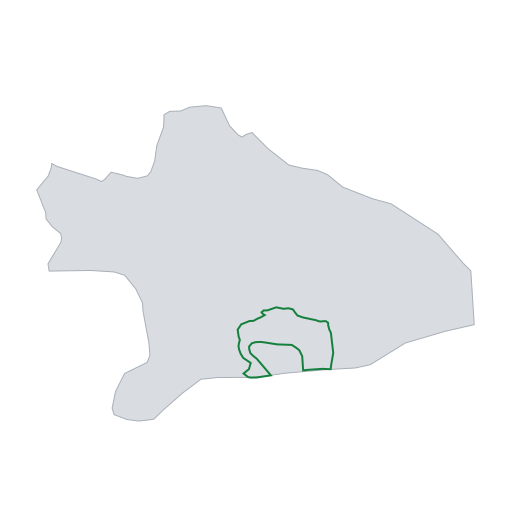 Burundi, with Bujumbura Rural highlighted, rotated 265°
{"feature_id": "BDI-4854", "entity_name": "Bujumbura Rural", "entity_type": "Province", "adm_level": 1, "iso_a3": "BDI", "parent_name": "Burundi", "parent_adm1": "", "projection": "natural_earth1", "projection_center": [29.411, -3.493], "detail": "fine", "context": "in_parent", "style": "outline", "palette": "green", "viewbox_px": 512, "rotation_deg": 265, "n_neighbors": 0, "source": "natural_earth", "source_scale": "10m", "svg_char_len": 1928}
<svg xmlns="http://www.w3.org/2000/svg" viewBox="0 0 512 512"><g transform="rotate(265 256 256)"><path d="M365.9,60.6L362.5,65.8L346.8,103.0L343.7,108.6L345.5,112.0L352.1,119.0L348.2,130.7L346.6,133.9L343.7,144.8L345.3,154.8L349.1,158.5L359.3,163.3L374.6,166.8L392.6,175.2L404.8,176.7L407.6,182.7L407.0,193.5L410.0,202.8L410.1,219.5L406.5,234.2L387.9,241.1L378.3,248.6L375.7,252.4L378.0,256.8L379.3,262.8L361.8,277.4L343.8,296.6L339.5,309.5L335.9,324.7L330.7,334.5L317.0,348.5L303.0,376.8L296.2,395.1L261.9,439.2L231.4,461.2L222.5,468.7L168.6,467.4L164.5,437.7L156.3,397.1L137.8,360.5L135.8,345.2L136.7,315.6L136.7,274.1L135.5,251.8L135.9,235.5L138.3,207.2L138.0,190.3L125.8,170.8L110.6,150.1L102.3,139.9L101.9,131.7L101.9,124.2L104.4,113.1L110.3,100.8L117.0,99.4L133.4,104.3L150.4,114.8L159.5,138.3L166.4,141.7L179.0,141.7L211.2,138.6L219.2,138.9L233.8,133.3L248.4,123.4L252.5,113.1L256.0,90.1L259.0,48.6L266.4,48.1L286.7,62.9L291.1,63.9L295.4,63.4L302.4,56.1L311.1,50.1L317.5,50.3L341.0,43.3L353.7,55.9L361.7,59.7L365.9,60.6Z" fill="#d9dde1" stroke="#a8b0b8" stroke-width="1"/><path d="M135.8,260.4L134.9,246.1L135.3,240.3L136.0,237.6L140.0,233.4L143.9,239.1L149.9,241.4L155.6,234.4L159.9,232.2L164.4,231.0L167.7,230.7L170.8,231.5L173.9,232.6L177.2,231.7L184.2,231.3L189.2,235.3L191.8,243.9L191.6,247.9L193.3,251.6L194.7,255.9L196.4,259.5L197.5,258.0L199.4,256.6L201.1,258.9L200.8,262.5L203.1,271.7L201.0,278.9L201.1,283.7L199.6,288.1L196.3,290.0L193.1,292.1L190.7,297.4L186.7,310.5L185.6,312.6L185.1,314.9L185.2,317.4L185.0,319.9L183.2,322.0L180.5,321.9L176.7,322.5L173.0,323.9L152.7,324.5L141.0,321.4L136.7,320.5L137.8,312.1L138.1,296.5L137.9,293.0L152.2,293.3L158.4,290.9L161.1,288.0L164.3,283.9L165.1,277.5L166.1,269.5L167.6,263.3L169.0,257.8L170.0,253.1L170.2,247.8L169.4,244.2L166.5,241.3L163.8,241.1L159.8,241.9L156.7,244.5L153.7,247.7L145.3,253.7L135.8,260.4Z" fill="none" stroke="#15803d" stroke-width="2"/></g></svg>